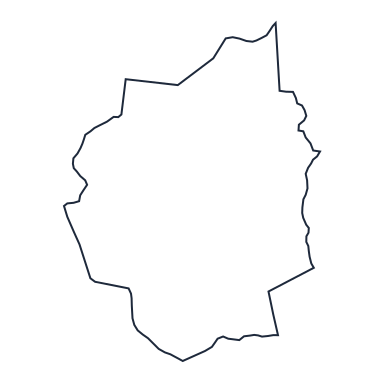 Gurinhém, Paraíba, Brazil (Natural Earth projection)
{"feature_id": "56859067B95891869193757", "entity_name": "Gurinhém", "entity_type": "district", "adm_level": 2, "iso_a3": "BRA", "parent_name": "Brazil", "parent_adm1": "Paraíba", "projection": "natural_earth1", "projection_center": [-35.429, -7.144], "detail": "fine", "context": "isolated", "style": "outline", "palette": "slate", "viewbox_px": 384, "rotation_deg": 0, "n_neighbors": 0, "source": "geoboundaries", "source_scale": "gbopen_adm2", "svg_char_len": 1486}
<svg xmlns="http://www.w3.org/2000/svg" viewBox="0 0 384 384"><path d="M73.4,158.3L72.9,163.8L73.8,168.2L76.8,171.5L80.3,176.1L85.2,180.3L87.1,184.8L83.4,190.3L80.2,195.3L79.1,201.2L73.6,202.8L67.3,203.4L64.0,206.0L67.3,216.8L74.0,232.2L79.5,244.4L90.4,278.3L95.1,281.8L128.6,288.4L131.0,293.6L131.6,298.2L131.8,305.5L132.5,318.3L134.3,324.9L137.7,330.4L142.7,334.5L148.0,338.2L153.7,343.9L158.7,348.9L164.9,352.4L170.4,354.3L173.9,356.2L178.6,358.7L182.7,361.0L205.0,351.0L211.9,346.9L214.8,342.8L217.6,338.7L223.1,336.5L228.2,338.7L232.3,339.2L239.3,340.1L244.0,336.3L249.9,335.6L254.2,334.9L258.1,335.4L262.0,336.6L268.0,336.0L273.4,335.1L278.0,335.2L273.2,314.2L268.5,291.5L313.8,267.8L311.3,263.5L309.6,256.7L308.8,251.0L308.3,246.0L306.3,241.9L306.4,236.3L308.5,232.7L308.8,228.0L306.2,224.7L303.2,217.8L302.2,213.0L302.4,207.4L303.4,199.3L305.7,194.8L307.5,188.4L307.1,180.3L305.7,173.8L308.1,167.8L311.1,163.5L313.0,159.7L317.1,156.4L320.0,151.5L313.2,150.5L310.5,143.4L305.7,137.5L303.3,131.3L298.5,130.5L298.9,124.7L304.1,120.4L306.3,115.9L304.6,110.2L302.0,105.5L297.2,103.4L295.9,98.1L293.0,91.9L286.0,91.7L279.6,90.8L275.6,23.0L272.8,26.0L269.9,30.5L266.6,35.3L261.3,38.1L256.4,40.5L252.6,41.7L246.4,41.0L239.5,38.6L232.7,37.2L225.7,38.4L213.3,58.3L177.8,85.1L125.7,79.2L121.4,114.5L118.3,117.1L113.6,116.9L107.1,121.6L99.5,125.4L94.4,128.0L90.5,131.3L85.3,134.8L83.8,139.6L82.4,143.7L80.5,148.1L77.5,153.5L73.4,158.3Z" fill="none" stroke="#1e293b" stroke-width="2"/></svg>